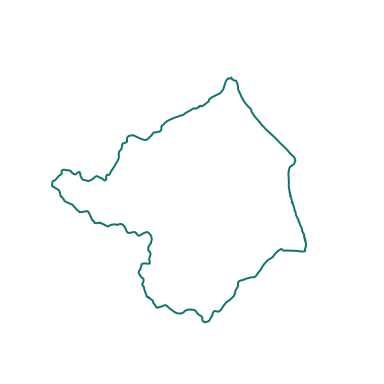 Bengkulu Selatan, Bengkulu, Indonesia (Robinson projection), rotated 208°
{"feature_id": "22746128B78254403614329", "entity_name": "Bengkulu Selatan", "entity_type": "district", "adm_level": 2, "iso_a3": "IDN", "parent_name": "Indonesia", "parent_adm1": "Bengkulu", "projection": "robinson", "projection_center": [103.039, -4.359], "detail": "fine", "context": "isolated", "style": "outline", "palette": "teal", "viewbox_px": 384, "rotation_deg": 208, "n_neighbors": 0, "source": "geoboundaries", "source_scale": "gbopen_adm2", "svg_char_len": 5987}
<svg xmlns="http://www.w3.org/2000/svg" viewBox="0 0 384 384"><g transform="rotate(208 192 192)"><path d="M263.6,119.0L262.6,119.2L261.4,119.8L260.4,120.8L259.9,120.9L258.9,121.3L258.5,121.9L256.6,121.7L255.1,122.1L254.6,122.0L254.0,122.0L253.5,121.7L252.7,122.0L250.2,122.0L249.9,122.1L248.4,124.6L247.5,125.4L245.9,126.6L245.0,127.3L243.9,127.4L242.9,127.7L241.3,129.2L239.9,130.3L239.5,130.5L237.6,130.6L234.9,129.6L234.0,128.8L232.4,127.6L231.8,127.0L230.1,126.0L229.1,126.0L227.7,126.6L224.9,129.1L223.7,129.7L222.8,129.7L221.1,129.2L220.2,128.6L219.3,128.3L218.2,128.6L217.9,129.0L214.8,133.7L212.8,135.6L212.6,135.7L211.1,135.5L208.4,134.6L207.0,133.5L205.8,132.1L205.3,131.3L204.7,128.8L204.2,127.5L204.5,126.5L204.6,125.2L204.7,123.2L204.4,122.4L204.3,121.8L204.0,121.2L202.7,119.7L202.2,119.5L201.3,119.3L199.5,117.9L199.1,116.7L198.9,114.9L198.5,113.2L197.8,111.8L196.3,110.3L195.8,109.0L197.3,108.0L200.8,106.5L201.2,106.1L201.9,105.6L202.3,105.1L202.5,104.5L202.2,103.5L202.1,102.2L201.8,101.0L201.2,99.2L201.5,98.7L201.6,97.6L201.5,96.5L201.0,95.2L200.0,95.0L199.5,94.7L198.5,93.8L198.1,93.6L197.6,93.6L197.0,93.2L196.4,93.0L195.8,92.7L194.4,92.7L193.9,92.2L193.2,91.1L192.6,89.3L192.7,88.5L192.7,87.3L192.6,87.1L191.6,86.1L190.5,85.9L189.9,85.6L189.0,84.4L188.9,84.2L186.4,81.8L186.3,81.6L184.8,80.4L182.6,78.3L181.8,78.6L180.5,78.7L179.8,78.5L179.8,78.3L180.0,78.2L178.3,78.1L177.2,77.8L175.6,77.8L174.7,76.5L174.0,76.1L173.8,75.7L173.2,75.6L172.5,75.2L171.8,75.1L170.1,73.9L169.7,73.9L169.0,73.3L168.6,72.7L168.8,73.0L168.4,73.3L167.2,74.7L165.6,76.1L163.3,78.9L162.5,79.6L161.9,79.7L160.9,79.6L155.6,78.4L151.1,77.9L150.0,77.8L148.2,78.0L146.2,78.7L144.5,79.8L143.5,80.8L143.1,81.5L142.2,84.0L140.8,85.9L138.5,87.3L134.7,88.9L133.3,88.7L131.7,88.1L130.5,87.4L128.1,86.8L125.4,86.8L124.4,86.2L123.9,85.8L122.9,84.1L122.2,83.3L121.4,82.9L120.2,82.9L119.0,83.4L118.3,84.0L117.2,85.1L116.6,85.8L116.5,86.1L116.3,86.9L116.4,88.8L116.2,92.2L116.8,94.8L116.7,96.4L116.3,97.3L115.8,97.8L115.0,98.1L112.8,98.5L112.3,99.0L111.8,99.6L111.0,102.1L110.9,102.8L110.8,106.0L110.3,108.9L109.9,111.0L108.5,113.3L107.6,115.3L106.3,119.6L106.4,122.7L107.3,125.0L107.2,127.1L107.2,130.8L108.3,132.5L108.6,133.1L108.8,134.4L108.7,135.1L107.8,136.3L105.0,139.0L104.0,140.4L103.3,141.1L101.5,142.6L100.1,144.1L97.1,146.0L96.4,147.0L96.0,148.6L95.7,151.6L94.9,155.1L94.9,158.2L94.7,160.5L94.2,163.2L93.0,167.6L92.6,168.2L90.3,172.1L89.2,178.0L88.9,179.0L87.8,181.5L86.8,183.2L86.3,183.6L86.0,183.6L83.9,183.2L83.3,183.3L80.5,185.1L78.6,185.9L74.8,187.8L70.0,189.9L68.8,190.2L65.7,191.8L64.2,192.8L64.1,192.6L65.5,194.7L65.7,195.8L65.8,197.3L66.9,199.6L68.5,201.5L69.2,201.9L69.2,202.4L69.6,202.4L70.1,203.1L70.1,203.7L70.5,203.7L70.7,204.0L71.0,204.1L71.5,204.6L71.8,204.7L72.2,206.1L72.8,206.4L72.9,206.8L73.8,207.6L74.4,207.7L74.9,208.2L75.1,208.5L75.7,208.7L76.3,209.1L76.9,209.8L77.0,210.4L77.7,211.2L79.5,212.6L80.5,213.2L81.6,214.1L82.5,215.2L83.5,215.9L84.5,216.4L85.1,217.4L89.7,220.7L90.2,221.6L91.6,223.2L93.2,224.4L93.6,225.2L98.0,229.5L98.0,229.2L98.3,229.3L98.4,229.8L99.0,229.9L98.9,230.5L99.1,230.6L101.3,232.9L102.3,233.6L102.9,234.8L103.3,235.1L103.5,234.8L104.4,234.6L103.6,235.2L103.7,235.6L104.7,236.7L104.9,236.7L105.6,237.4L105.5,237.7L106.7,239.0L109.4,242.7L110.6,245.3L113.7,250.6L115.0,252.6L116.0,254.7L116.0,255.2L116.2,255.3L116.4,255.6L117.1,258.1L117.2,259.1L117.2,260.2L115.3,264.0L115.1,265.0L115.1,266.0L115.6,267.2L115.5,268.3L116.4,269.4L118.8,271.0L121.0,271.4L123.5,272.1L127.3,273.7L130.8,274.9L139.0,277.1L141.1,278.0L144.8,279.1L156.8,282.2L160.0,283.5L161.9,283.9L164.8,285.4L171.0,287.7L174.0,289.0L174.9,289.9L176.0,290.2L177.2,290.8L178.0,292.3L178.8,292.8L182.5,293.8L185.0,294.8L188.0,296.1L193.3,299.4L194.2,300.4L197.7,302.8L198.9,303.8L200.5,305.7L201.4,307.4L203.1,309.2L205.4,311.0L206.8,310.3L209.5,310.4L210.9,311.3L212.2,309.6L213.4,309.3L213.9,307.7L214.1,305.5L212.6,297.3L213.4,292.6L218.7,285.3L220.4,281.8L219.8,279.7L220.7,278.1L221.8,275.3L223.6,272.1L225.2,272.0L226.1,270.5L225.8,269.8L226.5,269.2L227.5,267.6L229.1,267.0L230.2,266.1L231.2,264.2L234.7,258.9L235.8,256.2L236.2,255.6L238.5,253.7L239.9,251.8L241.9,249.9L245.2,245.8L247.1,243.1L248.3,240.4L248.7,239.0L248.9,237.8L249.5,236.7L249.8,235.7L249.1,234.1L248.5,233.0L248.4,231.4L249.1,230.0L253.9,226.3L254.3,223.3L254.9,221.1L256.1,217.8L256.9,216.5L257.2,216.2L258.0,215.8L261.0,215.1L268.1,214.6L270.4,214.6L274.0,212.0L274.3,211.5L274.6,210.2L274.7,209.1L274.5,208.6L273.2,206.4L273.1,205.3L273.3,204.9L275.5,202.9L275.7,202.4L275.9,201.5L275.8,200.8L274.6,197.4L274.7,195.4L275.1,194.6L275.3,193.3L274.8,191.7L274.0,190.3L273.2,189.0L272.9,188.3L272.5,186.9L272.3,183.8L272.5,182.0L272.5,178.8L273.2,171.8L273.0,169.1L273.4,168.1L273.6,167.8L274.7,167.6L275.3,166.5L275.1,165.3L273.8,163.1L273.7,162.7L273.8,162.2L274.0,161.7L274.5,161.2L274.9,161.1L275.8,161.2L277.8,161.8L278.6,161.8L279.7,161.5L281.6,161.6L283.8,161.2L284.7,159.6L285.8,156.8L286.6,155.4L288.3,153.3L288.6,153.2L288.8,152.8L289.8,152.8L293.8,151.7L294.6,151.8L296.1,152.5L297.8,153.7L299.6,156.0L300.4,156.7L300.7,156.7L301.6,156.3L301.9,155.7L303.0,153.2L303.3,152.7L304.9,152.3L306.8,152.6L309.4,153.7L309.7,153.6L315.7,151.5L316.3,150.9L316.7,150.4L316.9,149.9L316.9,149.1L316.8,148.8L315.6,147.1L316.0,145.7L317.1,143.8L318.4,138.1L318.7,137.8L319.5,137.1L319.8,136.8L319.9,135.7L319.9,135.0L318.2,131.5L315.9,131.5L314.9,131.3L312.0,131.3L310.9,131.2L309.5,130.6L307.7,128.7L306.7,127.4L305.7,126.5L305.0,126.7L302.7,125.6L300.2,124.3L299.0,124.0L298.5,124.0L296.8,124.3L296.7,124.4L294.1,124.3L293.2,124.6L292.9,124.5L291.8,124.8L285.9,122.5L284.1,122.0L283.7,122.0L282.7,121.6L281.7,121.5L281.1,121.8L278.5,123.6L277.5,124.6L276.3,125.3L275.8,125.8L275.5,125.8L275.0,125.9L274.1,125.8L273.7,125.3L272.6,124.7L269.6,122.5L269.0,122.1L268.1,121.3L267.6,121.1L266.9,120.4L266.7,120.5L266.0,120.2L265.4,120.3L264.5,119.8L263.6,119.0Z" fill="none" stroke="#0f766e" stroke-width="2"/></g></svg>